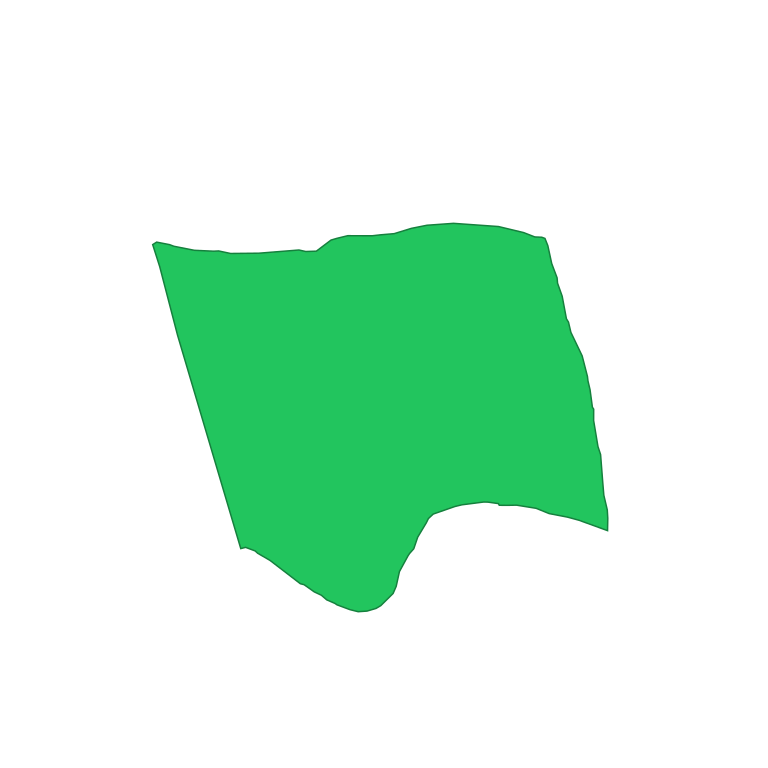 Santa Ana Huista, Huehuetenango, Guatemala, rotated 317°
{"feature_id": "79465075B69747530390651", "entity_name": "Santa Ana Huista", "entity_type": "district", "adm_level": 2, "iso_a3": "GTM", "parent_name": "Guatemala", "parent_adm1": "Huehuetenango", "projection": "natural_earth1", "projection_center": [-91.844, 15.746], "detail": "fine", "context": "isolated", "style": "filled", "palette": "green", "viewbox_px": 768, "rotation_deg": 317, "n_neighbors": 0, "source": "geoboundaries", "source_scale": "gbopen_adm2", "svg_char_len": 1263}
<svg xmlns="http://www.w3.org/2000/svg" viewBox="0 0 768 768"><g transform="rotate(317 384 384)"><path d="M309.9,124.3L300.0,145.2L266.3,207.5L167.0,406.7L171.4,409.1L175.9,418.2L176.2,421.7L180.3,435.2L186.6,473.0L188.7,476.3L191.2,488.4L194.1,495.7L194.9,502.8L198.5,511.1L199.0,513.4L205.2,525.8L209.8,532.9L216.7,538.5L225.1,542.7L230.5,543.9L247.8,543.4L254.9,540.3L267.4,531.7L284.5,526.0L287.1,525.4L293.4,524.8L304.2,519.0L320.2,514.4L324.7,512.7L331.3,512.7L352.4,522.0L358.6,525.5L376.4,538.3L379.4,541.2L386.1,549.5L385.6,551.3L391.5,556.9L398.3,563.0L410.5,578.7L416.4,591.4L427.4,606.5L433.6,616.5L445.6,640.0L447.5,643.7L456.1,634.8L461.4,628.4L468.9,615.3L477.0,605.0L494.3,583.3L497.8,575.7L512.4,553.7L520.2,545.4L520.6,543.1L530.8,528.7L535.3,520.8L537.9,517.3L548.1,498.6L555.9,473.7L561.1,464.6L561.9,460.7L574.2,441.3L579.7,428.6L583.0,424.4L588.8,410.3L598.2,394.5L601.0,387.3L599.5,384.3L594.6,379.3L589.4,368.5L575.1,346.9L544.4,313.9L523.7,297.2L510.1,288.8L494.0,281.0L483.3,272.6L476.4,267.5L458.6,250.8L448.8,245.3L443.4,242.6L425.1,240.7L417.1,233.7L413.2,228.0L381.7,203.0L360.8,183.9L353.8,173.9L350.0,170.7L336.5,156.9L324.3,140.0L322.2,135.8L314.5,125.2L309.9,124.3Z" fill="#22c55e" stroke="#15803d" stroke-width="1.5"/></g></svg>